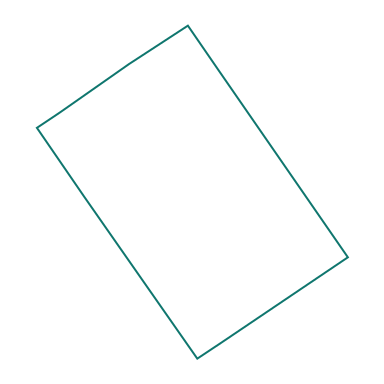 Tipton, Indiana, United States of America, rotated 236°
{"feature_id": "52423323B43901901323183", "entity_name": "Tipton", "entity_type": "district", "adm_level": 2, "iso_a3": "USA", "parent_name": "United States of America", "parent_adm1": "Indiana", "projection": "equal_earth", "projection_center": [-86.011, 40.311], "detail": "fine", "context": "isolated", "style": "outline", "palette": "teal", "viewbox_px": 384, "rotation_deg": 236, "n_neighbors": 0, "source": "geoboundaries", "source_scale": "gbopen_adm2", "svg_char_len": 306}
<svg xmlns="http://www.w3.org/2000/svg" viewBox="0 0 384 384"><g transform="rotate(236 192 192)"><path d="M332.2,281.6L333.3,211.3L331.8,127.0L331.9,99.3L248.2,100.0L185.4,101.0L136.3,101.8L50.9,103.2L50.7,131.6L50.7,284.7L277.8,282.1L332.2,281.6Z" fill="none" stroke="#0f766e" stroke-width="2"/></g></svg>